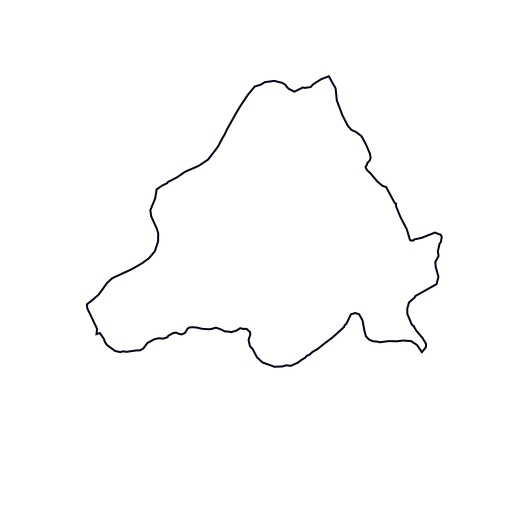 Mataquescuintla, Jalapa, Guatemala (Mercator projection), rotated 246°
{"feature_id": "79465075B64260644411461", "entity_name": "Mataquescuintla", "entity_type": "district", "adm_level": 2, "iso_a3": "GTM", "parent_name": "Guatemala", "parent_adm1": "Jalapa", "projection": "mercator", "projection_center": [-90.217, 14.569], "detail": "fine", "context": "isolated", "style": "outline", "palette": "ink", "viewbox_px": 512, "rotation_deg": 246, "n_neighbors": 0, "source": "geoboundaries", "source_scale": "gbopen_adm2", "svg_char_len": 2515}
<svg xmlns="http://www.w3.org/2000/svg" viewBox="0 0 512 512"><g transform="rotate(246 256 256)"><path d="M246.8,405.3L247.8,404.3L266.1,402.9L268.6,400.1L274.8,397.1L285.4,394.1L289.2,392.3L292.9,392.3L294.4,394.6L295.7,395.6L297.1,399.0L299.3,400.7L303.4,401.7L314.7,401.8L322.6,401.1L328.6,397.8L332.5,394.4L337.7,392.8L349.4,392.2L365.3,393.1L376.7,396.9L390.6,395.6L391.0,387.4L389.6,377.9L388.1,374.7L389.6,369.2L390.9,367.3L390.5,357.9L394.8,354.4L395.7,353.8L396.9,353.3L400.5,352.4L403.4,350.5L408.5,344.0L411.2,334.9L410.6,330.2L411.3,323.7L406.4,313.8L399.5,302.9L393.6,294.5L393.0,293.8L383.3,280.8L379.9,276.9L377.0,272.9L371.6,266.0L368.9,261.3L365.9,255.7L363.6,251.4L361.7,240.6L361.8,225.5L360.0,215.8L359.4,205.6L358.7,204.5L358.5,198.8L357.2,192.3L349.6,187.3L340.8,178.1L335.0,176.4L320.9,176.5L316.3,175.8L309.2,172.5L301.7,165.8L299.1,160.7L297.4,157.0L295.7,148.9L294.5,137.6L294.2,115.9L293.8,114.5L291.7,108.5L288.0,102.3L284.6,96.2L281.9,87.1L280.6,81.8L276.8,80.6L254.3,81.2L251.3,79.6L249.5,78.5L249.1,82.0L242.4,83.3L239.1,83.0L235.4,83.6L226.6,88.6L223.4,92.9L223.0,95.7L221.1,98.8L218.4,108.3L217.0,111.6L217.3,115.4L220.7,121.4L221.3,129.4L220.4,133.8L218.2,137.7L217.8,142.0L218.8,143.5L219.3,149.1L218.5,151.9L217.2,153.0L216.1,154.0L215.5,155.0L214.6,156.1L214.6,159.8L217.5,164.0L217.8,166.3L216.3,170.0L214.3,173.4L211.4,177.1L208.3,183.1L207.5,185.3L206.9,190.2L202.7,194.6L201.0,195.9L199.9,196.7L197.7,200.9L196.5,202.3L195.8,208.0L196.5,212.2L195.4,213.7L194.7,214.4L193.3,217.7L189.0,219.6L186.8,219.0L182.2,215.0L176.1,213.8L172.2,215.1L162.9,215.7L156.0,218.7L151.6,223.4L147.4,227.6L144.4,235.0L143.8,239.3L141.5,243.1L141.5,250.7L142.4,254.1L143.1,259.8L144.2,261.7L144.0,264.5L145.4,268.8L146.0,274.6L148.2,282.8L148.7,285.3L150.4,292.5L152.7,299.7L154.0,303.6L155.4,307.7L156.5,308.6L157.4,311.1L164.1,319.0L163.6,323.4L160.8,326.5L153.8,327.1L143.4,324.6L137.9,323.8L133.8,325.2L130.6,328.1L128.1,332.6L126.9,333.8L124.4,342.3L120.6,350.5L119.0,355.9L115.1,363.2L112.4,364.8L109.3,366.9L100.7,368.4L101.9,370.9L103.5,374.0L106.4,375.6L113.8,374.7L122.3,372.1L127.9,371.5L129.9,370.4L141.6,370.7L146.4,372.8L151.3,376.8L153.6,384.1L154.6,385.3L156.9,409.5L162.8,414.2L172.8,415.7L177.5,417.3L181.5,422.5L182.9,423.2L186.0,423.8L192.3,428.5L193.7,430.7L198.0,433.5L200.3,433.4L203.2,430.3L204.6,429.1L205.2,414.8L206.8,407.0L206.1,406.0L207.4,403.5L208.3,403.2L219.0,404.6L233.5,403.8L244.8,404.2L246.8,405.3Z" fill="none" stroke="#020617" stroke-width="2"/></g></svg>